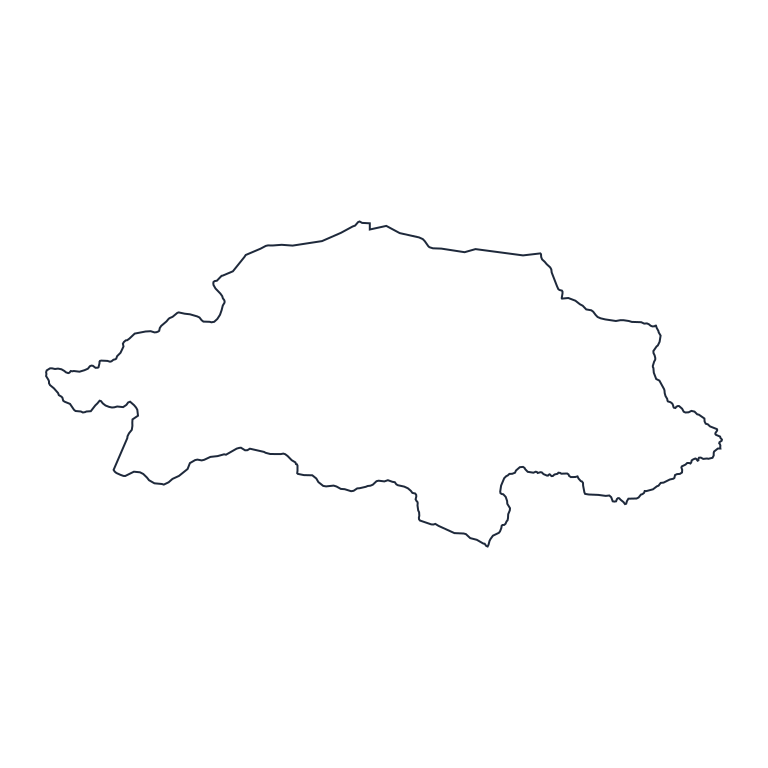 map outline of Mongolia (Mercator projection), rotated 180°
{"feature_id": "MNG", "entity_name": "Mongolia", "entity_type": "country or territory", "adm_level": 0, "iso_a3": "MNG", "parent_name": "Asia", "parent_adm1": "", "projection": "mercator", "projection_center": [102.872, 46.856], "detail": "fine", "context": "isolated", "style": "outline", "palette": "slate", "viewbox_px": 768, "rotation_deg": 180, "n_neighbors": 0, "source": "natural_earth", "source_scale": "50m", "svg_char_len": 6095}
<svg xmlns="http://www.w3.org/2000/svg" viewBox="0 0 768 768"><g transform="rotate(180 384 384)"><path d="M47.6,319.5L50.1,319.5L53.9,316.5L54.3,315.1L54.3,312.5L55.5,310.2L59.7,309.2L61.0,309.5L64.8,309.1L67.2,310.4L69.0,310.3L69.6,309.2L69.6,307.7L70.4,307.3L71.9,309.2L72.7,309.5L74.8,308.6L76.3,307.6L76.8,305.5L77.6,304.5L78.8,305.0L80.8,305.0L82.5,303.4L86.2,301.6L86.6,300.5L85.8,298.1L86.0,295.5L88.1,294.1L91.0,293.9L93.0,292.9L93.6,290.1L94.6,289.3L98.2,288.5L104.4,285.4L107.3,285.1L109.5,282.3L111.1,281.7L115.0,278.7L121.7,276.9L123.3,277.0L123.9,275.2L125.5,273.9L127.1,273.4L129.4,270.5L131.4,269.5L139.6,269.3L141.1,266.8L141.8,264.3L143.0,263.9L144.5,265.9L147.7,268.5L148.7,269.7L149.9,269.9L151.1,268.9L151.9,266.7L153.6,266.4L155.3,266.7L156.8,270.8L158.7,272.5L162.3,272.1L169.7,273.1L179.2,273.5L182.9,274.1L183.6,275.6L184.9,282.4L185.0,285.1L186.0,286.5L187.2,286.9L189.5,289.5L190.5,291.6L192.7,291.0L197.1,290.9L198.9,292.1L199.5,293.6L200.9,294.5L206.7,294.3L207.9,295.1L209.6,295.3L210.5,294.2L213.5,293.5L215.2,292.0L216.5,291.9L218.3,293.7L219.4,293.2L220.0,292.4L221.0,292.4L224.5,293.9L226.2,295.6L227.6,295.8L230.3,295.0L231.0,295.9L232.2,296.3L234.6,295.3L240.3,296.2L242.7,298.7L243.5,300.1L245.0,301.1L248.2,300.8L252.0,297.5L253.0,295.3L255.8,294.2L258.6,294.1L260.3,292.5L261.7,291.9L263.8,289.8L266.9,282.4L267.8,276.4L267.5,274.8L266.3,274.0L264.7,273.7L262.3,271.1L260.9,267.0L260.7,264.2L258.0,259.8L258.2,257.6L259.8,253.8L260.0,249.9L260.5,247.6L261.4,246.7L262.5,244.2L263.8,243.1L265.5,243.0L266.3,242.3L266.7,239.9L268.0,236.6L269.1,235.2L275.1,232.3L277.6,228.8L278.5,227.0L279.5,223.2L280.4,221.5L281.8,222.1L283.4,224.3L284.6,224.4L291.2,228.2L297.8,229.9L302.1,233.9L304.4,234.5L313.6,234.9L329.4,242.1L332.7,244.1L334.5,243.5L336.7,243.6L348.1,247.5L349.0,248.8L349.1,250.6L348.7,252.1L348.9,255.7L349.8,257.6L350.5,262.6L350.3,265.0L350.7,266.3L351.5,267.0L352.4,268.7L351.7,271.5L351.8,273.1L352.8,274.5L355.6,275.1L357.2,277.2L360.1,279.7L363.8,281.4L370.2,282.8L371.7,283.7L373.2,285.8L375.6,286.2L380.1,287.8L383.6,286.6L389.4,287.3L391.5,286.8L395.2,283.3L397.6,282.3L400.3,282.0L402.2,281.2L408.3,279.8L410.8,279.6L414.4,277.2L416.9,276.8L423.3,278.8L427.2,279.1L431.5,281.5L434.4,282.4L441.9,281.6L444.8,282.1L449.6,285.9L451.7,289.5L455.7,292.7L464.1,292.9L470.1,294.1L470.8,294.8L470.5,297.3L470.5,302.4L471.1,303.7L472.0,303.9L472.6,305.6L476.3,307.8L480.4,312.0L482.8,313.8L484.7,314.4L487.3,313.9L497.8,314.0L502.4,315.2L504.0,316.1L518.1,319.3L520.6,317.8L522.9,317.7L527.1,320.3L528.8,320.1L531.3,319.4L542.0,313.3L543.9,313.7L550.4,311.9L557.6,311.1L563.8,308.2L566.3,307.6L570.6,308.4L572.9,307.9L578.1,304.9L580.4,299.0L589.0,292.1L595.5,289.1L599.4,285.7L604.2,283.4L606.1,284.0L613.6,284.7L619.0,287.8L621.0,290.4L624.7,294.0L628.0,295.7L634.1,296.3L642.8,292.0L644.6,292.1L647.4,293.1L651.6,295.0L653.3,296.4L654.4,298.1L640.7,329.9L640.5,331.7L639.0,334.7L636.2,338.2L635.6,342.1L635.7,345.5L635.5,348.6L630.0,352.3L630.7,358.2L631.9,360.4L633.9,362.8L637.9,366.3L639.9,365.5L641.6,363.1L644.9,360.9L650.8,361.5L653.7,360.7L656.0,360.5L658.9,361.1L662.5,362.5L665.2,364.6L667.0,366.9L668.4,367.3L670.6,364.6L672.7,362.6L677.2,356.8L681.6,356.5L682.9,355.9L685.1,355.5L687.1,356.5L692.5,357.0L694.0,358.2L698.0,364.1L703.4,366.3L704.8,367.3L705.6,370.3L706.5,371.3L709.2,372.9L709.9,374.9L714.1,379.7L718.0,382.9L719.0,384.8L719.0,386.7L719.6,388.2L721.9,391.9L721.6,394.0L721.9,395.8L721.3,397.6L717.9,399.7L716.1,399.7L713.0,399.0L710.0,399.4L706.5,398.7L703.6,397.0L702.1,395.7L699.8,394.9L698.6,395.3L697.2,397.0L695.7,396.7L694.2,397.0L688.5,396.3L683.5,397.8L680.1,399.3L678.1,401.8L676.6,402.4L675.1,402.2L672.5,400.2L670.2,400.3L669.5,400.7L668.5,404.8L668.5,406.2L668.0,407.1L666.7,407.4L660.6,407.1L658.0,406.3L656.5,406.7L654.5,408.3L653.0,408.6L651.8,409.3L650.9,411.8L647.5,415.2L644.5,421.5L645.1,424.3L644.1,426.0L642.3,427.6L640.8,427.8L638.6,429.4L633.3,434.4L622.4,436.5L617.3,436.8L613.5,435.6L611.5,435.8L609.7,436.5L608.8,437.2L608.2,440.0L606.8,442.1L601.5,446.6L599.6,448.9L598.6,449.8L595.4,451.2L590.7,455.1L589.3,455.6L583.3,454.3L578.0,453.7L570.8,451.6L568.5,450.5L566.4,447.8L564.6,446.4L558.3,446.2L556.6,445.7L553.8,446.2L550.7,449.0L548.0,453.2L546.4,457.8L545.2,462.5L543.5,465.3L543.4,466.8L543.9,468.1L545.1,469.6L545.8,471.9L547.6,474.4L552.5,479.5L554.5,483.0L554.7,484.8L554.5,486.0L553.4,486.9L551.1,487.3L546.4,492.2L545.5,492.3L535.1,496.7L523.6,511.0L522.3,513.0L507.5,519.3L502.2,522.1L500.0,522.6L495.6,522.5L486.3,523.2L475.4,522.4L446.0,526.9L427.0,535.2L415.4,541.5L412.9,542.4L409.9,545.9L408.4,546.5L405.9,545.1L398.2,544.7L398.2,538.5L381.7,542.1L368.3,534.9L349.0,530.6L345.2,528.9L343.2,526.8L339.7,521.8L338.6,520.8L335.1,519.7L326.7,519.4L303.4,515.8L292.5,518.9L245.0,512.6L227.7,514.6L227.0,513.8L226.8,510.9L225.9,508.6L223.2,506.1L221.3,503.8L217.8,500.6L216.7,498.6L216.3,495.5L211.0,481.8L209.7,478.9L208.5,478.0L206.1,477.4L205.5,476.4L205.5,474.5L206.3,469.9L206.0,469.4L199.7,470.0L192.6,467.3L188.0,463.7L185.3,462.3L181.8,458.6L176.7,457.7L174.8,456.3L172.4,453.1L170.4,451.0L167.4,449.7L162.8,448.6L152.1,447.0L147.7,447.8L144.5,447.8L139.2,447.0L136.2,446.1L126.8,445.8L123.8,444.4L121.1,444.6L119.2,443.8L117.4,442.3L115.6,441.6L113.6,441.7L112.7,442.3L112.0,442.3L111.4,440.3L109.6,437.0L109.3,435.6L107.4,432.4L108.4,426.2L110.2,422.5L111.4,421.6L114.6,417.0L114.5,414.9L113.4,412.7L112.7,409.9L112.8,408.3L113.9,406.3L115.2,402.0L115.1,400.9L114.6,400.0L114.2,395.3L111.8,389.0L108.6,387.4L103.9,378.8L103.5,377.4L103.3,374.9L102.5,372.0L100.8,369.1L100.5,367.3L100.1,366.6L97.5,365.8L95.7,364.4L94.9,362.6L94.6,361.1L94.1,360.3L92.6,360.0L91.6,361.3L90.0,362.0L88.9,361.9L85.9,359.3L84.3,356.3L82.6,355.5L79.4,355.7L76.6,357.1L73.5,356.4L70.8,353.7L69.1,353.3L63.6,349.5L63.4,346.5L62.3,344.3L60.2,343.7L58.0,341.6L51.1,338.9L50.8,338.1L50.9,337.4L52.5,335.1L52.7,334.1L52.1,333.2L47.9,331.4L47.5,330.0L46.1,328.5L46.3,327.3L48.5,325.8L48.8,324.7L48.0,323.7L47.6,322.2L47.8,321.0L47.6,319.5Z" fill="none" stroke="#1e293b" stroke-width="2"/></g></svg>